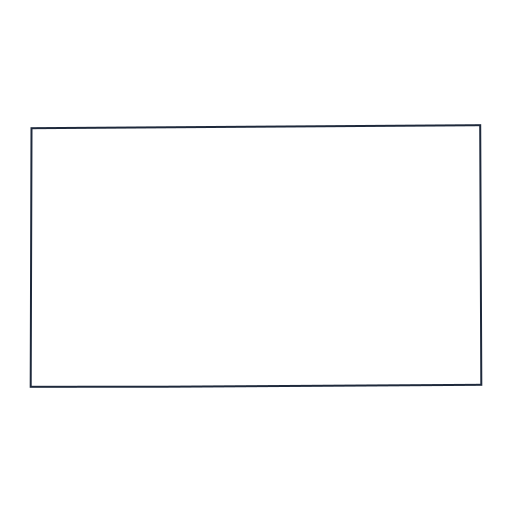 outline of Sutton, Texas, United States of America
{"feature_id": "52423323B52490011896417", "entity_name": "Sutton", "entity_type": "district", "adm_level": 2, "iso_a3": "USA", "parent_name": "United States of America", "parent_adm1": "Texas", "projection": "albers", "projection_center": [-100.636, 30.499], "detail": "fine", "context": "isolated", "style": "outline", "palette": "slate", "viewbox_px": 512, "rotation_deg": 0, "n_neighbors": 0, "source": "geoboundaries", "source_scale": "gbopen_adm2", "svg_char_len": 196}
<svg xmlns="http://www.w3.org/2000/svg" viewBox="0 0 512 512"><path d="M31.5,128.2L30.7,386.8L169.6,386.7L481.3,384.8L480.2,125.2L31.5,128.2Z" fill="none" stroke="#1e293b" stroke-width="2"/></svg>